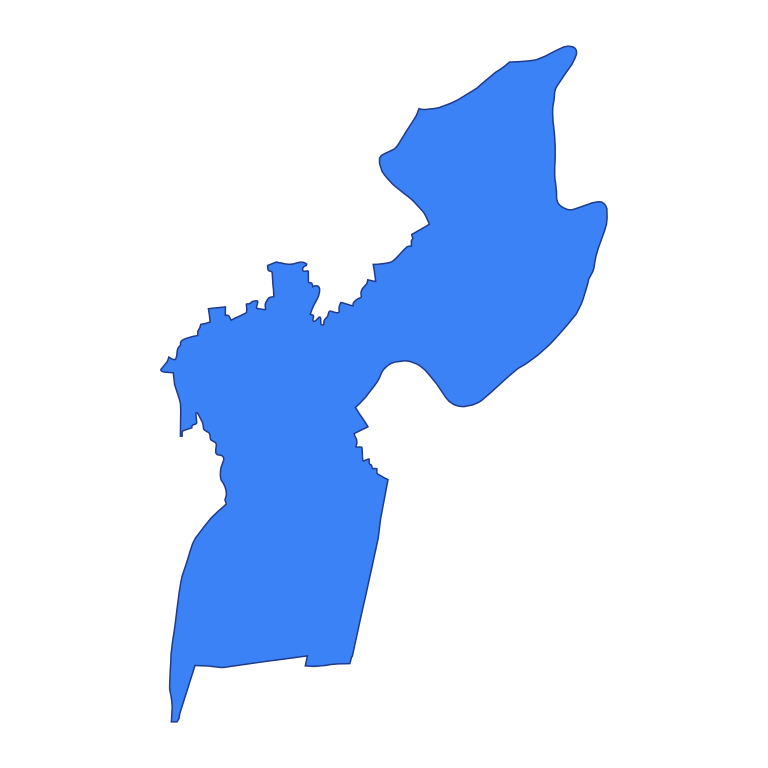 Truc Ninh, Nam Định, Vietnam
{"feature_id": "81297802B30905014988311", "entity_name": "Truc Ninh", "entity_type": "district", "adm_level": 2, "iso_a3": "VNM", "parent_name": "Vietnam", "parent_adm1": "Nam Định", "projection": "robinson", "projection_center": [106.231, 20.244], "detail": "fine", "context": "isolated", "style": "filled", "palette": "blue", "viewbox_px": 768, "rotation_deg": 0, "n_neighbors": 0, "source": "geoboundaries", "source_scale": "gbopen_adm2", "svg_char_len": 6093}
<svg xmlns="http://www.w3.org/2000/svg" viewBox="0 0 768 768"><path d="M490.5,392.8L509.1,375.9L515.6,370.4L518.6,368.1L525.5,364.1L537.1,355.7L549.5,344.7L555.9,337.9L566.9,325.4L576.1,314.1L579.4,307.8L581.6,303.2L583.1,299.0L586.7,287.3L587.9,282.9L588.7,279.2L592.9,271.3L593.9,268.1L595.0,261.1L595.9,256.5L598.2,248.4L604.6,230.7L606.5,224.0L607.1,218.1L606.9,208.8L605.7,205.6L603.7,203.4L601.8,202.1L599.9,201.8L597.0,201.9L592.4,202.8L577.0,208.2L571.6,209.9L567.8,209.6L564.1,208.1L561.0,206.3L558.9,204.3L557.5,202.1L556.6,198.5L556.5,192.0L555.6,183.2L555.0,179.7L554.7,175.1L554.7,168.1L555.2,157.5L555.2,146.4L554.7,137.3L554.1,130.7L553.1,121.9L552.6,112.4L552.8,107.1L554.0,100.0L554.3,97.3L554.7,91.8L555.3,89.4L556.8,86.4L564.9,74.3L571.8,64.5L575.3,57.5L576.4,54.2L576.6,52.2L576.4,50.9L575.8,49.4L574.7,47.9L572.6,46.8L568.3,46.1L563.9,46.9L556.7,50.2L544.9,56.3L535.8,59.9L528.7,60.9L518.7,61.7L509.4,62.1L504.6,66.2L499.7,69.7L495.7,72.2L481.0,84.4L477.1,88.0L458.0,99.8L450.2,103.5L439.1,107.6L435.3,108.4L425.4,109.5L422.0,109.4L419.9,109.0L419.0,108.6L417.4,113.0L416.0,116.1L413.9,119.6L406.7,130.7L398.8,143.6L396.9,146.4L394.8,148.5L393.4,149.5L384.9,153.5L382.4,154.9L381.2,155.7L380.3,156.9L379.7,157.9L379.5,159.0L379.5,162.2L379.7,163.9L381.9,170.8L382.6,172.2L384.7,175.2L386.7,177.7L392.1,183.6L395.3,186.5L406.0,195.0L408.3,196.7L413.1,200.8L422.7,211.3L424.1,213.1L425.2,215.1L426.8,218.3L429.4,224.2L425.0,226.9L412.0,234.3L411.7,234.9L412.6,237.6L412.7,239.0L411.5,240.4L411.4,240.8L411.3,246.3L408.9,246.2L407.8,246.5L406.8,247.0L403.5,250.2L395.6,258.7L393.0,260.9L391.1,262.1L389.2,262.6L384.3,263.5L377.2,264.3L373.2,264.4L374.4,271.2L375.7,281.4L373.9,281.2L367.8,279.8L367.1,282.9L366.8,283.7L363.4,287.5L362.2,289.0L361.5,290.7L361.0,292.2L361.0,294.4L361.4,296.5L361.3,296.9L360.4,297.7L358.1,298.7L356.0,300.1L354.4,301.5L353.2,303.4L352.9,305.8L350.6,305.3L342.9,302.9L340.7,302.6L339.2,306.6L339.0,308.2L339.2,312.0L337.7,312.8L337.2,312.8L334.9,312.4L330.5,311.1L329.6,311.3L328.9,312.0L328.6,312.8L327.6,316.4L325.0,319.2L324.3,320.2L324.0,320.9L323.8,324.2L323.1,325.0L322.0,324.9L321.1,324.5L320.8,323.1L320.7,318.6L320.2,317.3L319.8,317.1L319.1,317.2L318.1,318.0L316.0,320.3L314.9,321.1L314.0,321.3L313.2,321.1L313.0,320.6L312.8,319.7L313.5,317.1L313.5,315.9L313.2,315.4L312.7,315.1L310.3,314.4L311.8,309.8L313.5,305.9L317.3,298.8L318.6,295.9L319.4,292.5L319.7,290.0L319.5,288.4L319.2,287.6L318.7,286.8L318.0,286.2L317.2,285.9L315.0,285.8L312.7,286.7L312.5,285.3L311.9,283.4L310.9,282.8L309.2,282.8L308.7,282.3L308.4,280.8L308.3,271.3L307.6,270.9L304.7,271.3L303.6,271.2L303.2,270.9L302.8,270.3L302.5,269.4L302.8,268.3L303.4,267.3L304.5,266.2L306.4,265.3L306.7,264.6L306.6,263.9L305.0,263.0L303.4,262.4L301.4,262.1L299.2,262.3L293.0,264.0L289.3,264.3L285.9,264.0L283.8,263.6L281.5,263.0L278.8,262.7L277.1,262.1L276.1,262.1L267.6,265.5L268.0,269.7L268.4,270.5L269.1,270.9L270.6,271.2L271.6,271.7L272.1,272.4L272.2,272.9L273.0,285.7L273.5,289.5L273.8,296.1L273.6,296.6L273.2,296.8L270.4,297.2L269.0,297.7L267.5,299.5L265.6,302.9L265.4,303.7L265.2,305.1L265.5,309.3L265.4,309.6L264.7,309.7L256.6,308.3L256.5,307.0L257.7,302.6L257.7,301.3L257.3,300.9L256.8,300.9L255.5,300.9L253.0,301.3L251.9,301.8L250.0,303.5L249.0,303.8L246.7,303.9L246.4,304.2L246.4,305.5L246.8,308.7L246.5,312.2L246.3,312.8L239.4,316.2L235.8,317.7L231.1,320.2L229.0,316.1L228.1,315.5L227.3,315.2L225.3,315.1L225.4,306.9L208.4,308.7L209.4,315.0L210.1,322.0L205.7,323.4L200.7,324.4L200.0,327.3L197.8,331.4L197.8,334.8L197.6,335.4L196.2,335.8L192.3,336.6L185.8,338.5L183.3,339.6L182.1,340.4L181.3,341.1L180.6,342.4L180.4,345.5L179.4,346.3L178.5,347.3L177.7,349.0L177.3,350.3L176.7,356.1L175.8,358.7L175.0,359.4L174.5,359.6L172.6,359.3L168.8,357.1L168.0,359.8L167.1,361.8L161.1,369.2L160.9,369.6L160.9,370.3L161.9,371.3L162.9,371.7L164.5,372.1L173.3,372.8L174.6,384.6L179.4,399.3L180.5,403.9L180.7,410.5L180.4,436.2L182.2,436.1L182.1,433.1L182.4,431.4L182.7,431.0L185.8,429.8L191.8,427.8L192.0,425.8L192.2,425.5L192.9,425.0L195.6,424.0L196.3,423.6L196.6,423.2L196.7,421.7L195.9,414.4L195.9,413.6L196.4,412.7L196.7,412.6L197.3,412.8L198.6,414.9L201.9,421.3L202.7,423.4L203.2,425.8L203.5,428.5L204.0,429.5L204.8,430.3L208.6,432.6L209.6,433.8L209.9,434.9L210.4,438.9L210.7,439.6L211.5,440.3L212.4,440.9L214.9,442.1L215.9,443.3L216.3,444.7L216.3,445.6L215.8,449.3L215.7,452.2L215.9,452.9L216.4,453.8L217.2,454.6L218.0,454.9L219.6,455.1L221.8,455.6L222.7,456.3L223.4,457.3L223.7,458.5L223.6,460.5L221.0,467.5L220.6,470.4L220.3,474.6L220.5,476.7L220.7,478.4L221.1,479.9L223.6,483.8L225.2,487.3L226.2,491.3L226.4,494.4L226.1,496.1L225.0,499.7L225.1,500.5L225.9,502.5L226.3,504.0L222.6,507.4L218.4,511.0L211.2,517.9L204.7,525.9L195.5,538.0L192.6,543.7L190.3,550.6L186.6,562.8L182.2,575.8L181.0,581.5L179.4,590.8L177.1,608.2L175.0,625.6L172.5,642.1L171.1,654.1L170.7,663.2L170.2,671.1L169.6,687.8L169.9,691.0L170.8,694.5L171.8,701.1L172.2,707.0L171.4,721.9L177.1,721.8L179.0,718.5L179.6,714.5L180.0,712.9L195.0,665.5L208.1,666.0L221.3,667.5L223.8,667.4L262.9,661.8L307.4,655.9L305.3,665.9L314.2,666.4L325.7,665.4L330.7,664.5L337.5,663.9L349.9,663.6L351.6,656.8L352.0,656.8L352.3,656.3L361.9,612.2L365.9,594.7L378.2,538.3L380.5,519.3L388.0,479.6L384.2,477.8L377.5,473.9L377.1,473.4L376.9,472.8L376.9,468.8L376.5,468.6L372.6,468.5L372.1,468.2L372.0,467.1L371.5,465.3L371.0,464.8L369.5,464.0L369.1,463.1L369.2,459.1L368.4,459.0L363.3,461.1L363.1,460.9L362.9,460.6L362.5,458.2L362.3,452.2L361.9,447.3L360.3,447.0L356.6,447.1L355.9,446.9L356.2,445.4L356.8,443.9L356.9,442.0L356.5,439.4L354.6,435.2L354.1,433.6L368.0,426.8L363.9,420.2L359.1,413.4L357.4,410.5L355.3,407.6L359.8,403.4L365.3,397.5L374.7,385.4L377.3,381.7L379.1,378.5L381.9,372.0L383.7,369.4L386.7,366.4L388.7,364.8L390.3,363.8L394.6,362.1L404.8,360.8L408.7,361.2L411.1,361.8L417.3,364.2L420.9,366.6L425.2,370.2L428.6,374.1L436.5,383.7L446.0,397.8L449.2,401.4L453.7,404.5L455.4,405.2L458.9,406.2L462.7,406.6L464.2,406.6L472.7,404.9L477.9,402.7L481.2,400.8L490.5,392.8Z" fill="#3b82f6" stroke="#1e3a8a" stroke-width="1.5"/></svg>